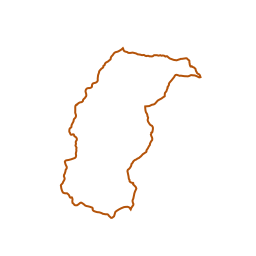 Covarachia, Boyacá, Colombia, rotated 240°
{"feature_id": "7082276B26241752835550", "entity_name": "Covarachia", "entity_type": "district", "adm_level": 2, "iso_a3": "COL", "parent_name": "Colombia", "parent_adm1": "Boyacá", "projection": "robinson", "projection_center": [-72.733, 6.511], "detail": "fine", "context": "isolated", "style": "outline", "palette": "amber", "viewbox_px": 256, "rotation_deg": 240, "n_neighbors": 0, "source": "geoboundaries", "source_scale": "gbopen_adm2", "svg_char_len": 5813}
<svg xmlns="http://www.w3.org/2000/svg" viewBox="0 0 256 256"><g transform="rotate(240 128 128)"><path d="M130.0,60.6L130.7,58.8L130.9,58.1L130.9,57.6L130.8,57.1L130.6,56.8L130.3,56.4L128.8,56.0L127.6,55.7L124.9,55.5L123.9,54.9L123.4,54.2L123.0,53.2L121.7,52.1L120.1,50.4L119.4,49.2L118.4,48.4L116.2,48.0L115.5,47.6L115.1,47.1L114.5,46.3L114.3,45.8L113.7,44.8L113.0,44.0L112.7,43.2L112.2,41.6L111.9,41.2L111.6,41.0L110.8,40.8L109.5,40.2L107.6,39.7L106.7,39.5L105.4,39.4L104.4,39.5L104.0,39.8L103.3,40.4L102.5,41.5L102.2,42.1L102.0,42.5L100.5,43.1L99.3,43.3L98.7,43.3L98.0,43.1L96.9,43.1L96.4,43.4L96.2,44.4L96.0,44.7L95.7,44.7L94.9,44.6L93.8,44.2L92.5,43.2L90.9,42.5L90.6,42.6L90.2,42.8L89.5,43.0L88.5,43.1L87.9,43.3L87.5,43.7L87.1,44.2L86.6,45.2L86.6,46.3L87.0,49.0L87.0,49.6L86.8,50.0L86.5,50.4L84.3,51.5L82.2,52.2L81.7,52.6L81.1,53.1L80.1,54.3L78.5,55.9L76.9,57.2L76.2,57.3L75.6,57.0L75.1,56.6L74.5,56.5L73.9,56.6L73.2,56.9L72.3,57.6L71.2,58.6L70.5,59.3L69.3,61.0L68.1,62.1L67.2,62.8L66.4,63.2L64.6,65.3L63.5,67.1L62.7,67.5L61.7,67.5L58.7,68.4L58.4,68.8L58.2,69.5L58.5,71.7L59.0,72.3L61.3,74.7L61.7,75.3L61.9,76.9L62.0,79.3L61.9,81.9L61.5,84.9L61.0,86.2L60.0,88.2L59.2,88.9L58.4,89.4L57.8,89.6L57.0,89.5L56.1,89.6L56.8,90.5L57.4,91.2L57.6,91.9L58.1,92.8L58.2,93.2L58.7,94.1L59.5,94.7L60.6,94.8L62.0,95.2L62.8,95.6L63.6,96.4L64.1,97.2L67.7,100.4L68.0,100.6L69.5,102.3L71.3,104.9L72.7,105.2L74.0,105.0L76.6,104.3L76.8,104.3L77.4,104.9L77.7,105.0L78.0,104.9L78.3,104.3L79.0,103.6L80.2,102.9L80.9,102.8L81.3,102.8L82.2,103.3L82.5,103.4L83.4,103.3L84.0,103.5L85.9,104.3L90.8,105.9L91.2,106.2L91.6,106.6L91.9,107.1L92.1,108.7L92.6,110.0L93.5,111.6L94.6,112.7L95.0,112.9L95.7,114.9L95.9,115.2L96.3,115.6L96.6,116.6L96.8,117.7L96.8,118.2L96.6,119.4L96.8,120.8L96.6,122.3L96.6,122.8L96.9,124.0L96.9,124.6L97.6,126.9L97.9,127.6L97.9,128.6L97.9,128.9L98.0,129.3L98.1,131.7L98.3,132.1L98.5,132.3L99.1,132.6L99.5,133.0L100.5,135.1L101.7,136.9L102.3,138.3L102.5,138.6L103.4,139.1L104.8,141.2L105.5,142.9L105.9,143.2L106.4,143.6L107.8,144.1L108.8,144.1L110.9,144.5L111.6,145.5L111.9,145.7L112.3,145.8L112.4,146.1L112.2,146.6L112.3,147.0L112.7,147.4L114.7,149.1L116.0,149.8L116.5,149.9L117.3,149.9L117.8,149.9L118.7,149.4L119.2,149.0L120.4,148.7L122.9,148.6L123.6,148.6L125.1,149.0L125.6,149.4L126.5,150.3L126.9,150.6L127.2,150.7L127.7,150.7L128.3,150.7L129.5,151.2L130.1,151.4L131.0,151.5L132.5,151.4L133.4,151.6L134.9,152.1L137.1,153.1L138.1,153.7L136.4,157.3L136.3,158.0L136.2,160.1L135.6,162.0L135.5,162.7L135.5,163.1L135.7,164.0L136.8,167.2L136.9,167.7L136.9,169.2L136.8,172.0L137.0,173.1L137.1,175.6L138.5,176.5L139.5,177.2L140.0,177.8L140.2,178.4L140.4,179.0L140.7,179.7L141.2,180.3L141.8,180.9L142.6,182.0L142.9,182.4L143.2,182.6L143.6,182.6L144.4,184.3L145.0,185.1L145.3,185.3L145.6,185.4L145.8,185.5L146.5,186.6L147.5,189.5L149.1,193.5L149.5,194.2L149.9,194.7L150.1,195.8L149.7,196.8L147.3,198.9L147.0,199.8L144.7,202.7L143.5,204.6L142.8,205.7L142.5,206.8L142.3,209.0L141.5,210.2L141.0,210.7L140.7,211.4L139.9,212.3L138.7,213.3L136.3,214.9L136.0,215.4L135.8,216.2L136.6,216.4L137.8,216.6L138.5,216.5L138.9,216.4L139.8,215.8L140.7,215.4L141.2,215.3L142.1,215.4L143.3,215.4L144.2,215.6L145.6,216.0L147.6,215.3L149.2,213.9L149.7,214.0L150.0,212.9L150.7,212.9L152.1,213.2L152.9,213.6L153.6,213.8L154.2,214.0L155.4,214.7L155.6,214.7L156.0,214.7L157.2,214.2L159.0,213.7L159.5,212.9L160.0,211.6L160.9,209.3L161.5,208.2L161.6,207.6L161.6,207.1L161.8,206.6L162.3,204.0L162.6,203.6L163.9,201.9L164.4,201.4L167.4,198.9L168.1,198.6L170.1,197.9L170.5,197.8L170.7,197.6L171.0,197.0L171.0,196.5L171.2,196.1L171.7,195.8L172.2,195.7L173.0,194.9L173.4,194.4L173.6,193.9L173.8,193.2L174.1,192.9L174.8,192.5L175.0,192.0L175.3,190.8L176.0,190.0L176.4,189.7L177.9,187.2L178.0,186.7L177.9,186.2L177.8,185.6L177.9,184.9L178.0,184.6L178.3,184.2L178.4,183.8L179.1,183.0L179.4,182.3L180.2,181.9L180.5,181.4L180.9,180.6L180.9,180.3L181.1,179.9L181.5,179.6L181.7,179.2L183.3,178.3L183.7,177.5L183.9,176.9L184.3,176.3L185.3,175.4L187.1,173.1L188.1,172.6L188.8,172.0L191.0,169.7L191.9,167.4L192.8,166.0L193.3,165.6L194.0,165.4L195.7,163.7L196.2,163.4L196.9,163.1L197.3,163.1L198.3,163.2L199.3,163.5L199.7,163.5L199.3,161.8L199.2,160.4L199.2,157.9L199.4,156.8L199.9,155.1L199.9,154.3L199.7,153.2L198.7,151.1L198.2,149.3L197.9,148.9L197.4,148.2L196.8,147.8L196.2,147.2L196.1,146.8L195.9,145.4L195.6,144.0L195.7,142.0L195.6,141.1L195.1,140.1L194.2,139.2L194.1,137.8L193.9,137.5L193.2,137.1L192.9,136.7L192.7,135.7L192.7,134.8L192.6,134.3L192.3,133.7L192.2,133.1L191.7,131.8L191.3,131.2L190.6,130.7L188.7,128.5L186.0,126.5L184.5,125.7L184.1,125.3L183.8,124.9L183.5,124.2L183.4,123.1L183.4,122.6L183.9,121.0L184.0,120.5L184.1,120.2L183.9,119.3L183.3,118.4L181.8,117.4L181.6,117.0L181.5,116.4L181.5,116.0L181.7,114.9L182.4,113.6L182.7,112.7L182.7,111.9L182.3,110.8L181.9,110.3L181.1,109.6L180.3,109.3L178.3,108.8L177.5,108.4L176.8,108.0L176.3,107.4L176.2,106.9L175.6,105.8L175.2,104.1L174.8,103.2L173.9,102.4L173.8,102.2L173.6,101.2L173.6,100.9L173.7,100.5L174.0,99.7L174.2,99.1L174.3,97.6L173.7,95.3L174.0,95.2L173.9,94.4L173.4,93.5L172.7,92.9L169.9,91.3L167.8,90.0L167.2,89.8L165.6,89.5L164.8,89.2L164.2,88.8L163.7,88.3L163.2,87.5L162.7,85.7L162.3,85.2L160.9,84.0L160.4,83.2L159.9,82.4L159.1,81.1L158.6,80.5L157.1,79.4L156.9,78.7L156.8,77.7L156.4,76.9L155.7,76.3L154.7,75.6L154.0,75.3L152.8,75.3L151.4,75.1L151.1,75.1L150.8,75.2L150.5,75.5L150.2,76.2L150.1,77.2L149.7,77.6L149.4,77.8L147.8,77.5L147.3,77.7L146.4,78.2L145.4,78.4L144.6,78.4L143.7,78.0L143.1,77.5L142.5,76.2L142.0,75.8L141.2,75.3L140.6,75.2L140.0,74.8L139.3,73.9L138.9,73.7L136.7,73.6L135.5,72.6L134.4,72.1L133.9,71.8L132.4,70.4L131.7,69.9L130.3,69.4L129.9,69.1L129.0,68.3L128.8,67.9L128.6,67.0L128.7,66.4L129.3,63.2L130.0,60.6Z" fill="none" stroke="#b45309" stroke-width="2"/></g></svg>